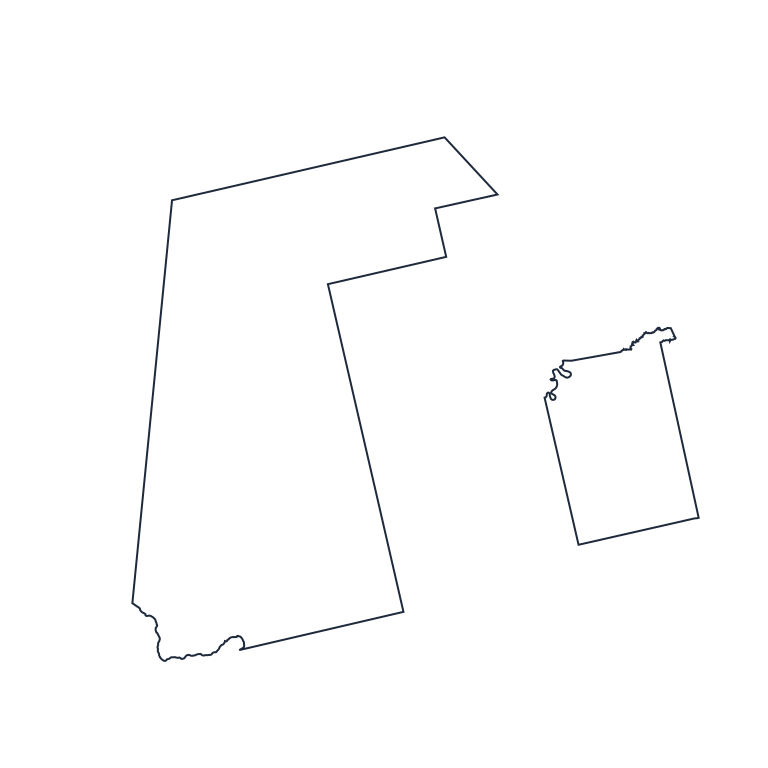 outline of Telefomin District, Sandaun, Papua New Guinea, rotated 77°
{"feature_id": "67681753B11623984799605", "entity_name": "Telefomin District", "entity_type": "district", "adm_level": 2, "iso_a3": "PNG", "parent_name": "Papua New Guinea", "parent_adm1": "Sandaun", "projection": "mercator", "projection_center": [141.969, -4.517], "detail": "fine", "context": "isolated", "style": "outline", "palette": "slate", "viewbox_px": 768, "rotation_deg": 77, "n_neighbors": 0, "source": "geoboundaries", "source_scale": "gbopen_adm2", "svg_char_len": 5992}
<svg xmlns="http://www.w3.org/2000/svg" viewBox="0 0 768 768"><g transform="rotate(77 384 384)"><path d="M274.1,294.8L224.4,294.7L224.9,230.8L157.3,269.5L157.3,549.2L541.0,678.5L542.2,677.3L542.5,677.1L542.8,676.8L543.8,675.9L544.1,675.7L544.5,675.2L544.9,675.0L546.2,673.6L546.5,673.4L546.9,673.0L547.8,672.4L549.4,672.4L550.5,672.0L551.4,671.5L552.4,670.6L553.0,669.9L553.6,669.1L554.2,668.4L554.5,668.4L554.9,668.3L555.0,668.4L555.6,668.4L556.0,668.3L556.5,667.7L556.6,667.4L556.8,666.5L556.8,665.0L557.2,664.0L557.7,663.3L559.4,661.5L561.4,660.2L562.5,659.8L564.1,659.8L565.0,659.5L566.0,659.5L566.9,659.6L567.3,659.5L567.7,659.3L568.1,659.3L568.9,659.7L569.4,660.2L570.1,661.1L570.4,661.3L570.9,661.5L572.2,661.8L574.0,661.8L574.4,661.6L574.8,661.7L575.0,661.5L575.2,661.4L575.5,661.1L575.9,660.9L576.5,660.7L577.4,660.6L577.7,660.4L578.0,660.4L578.3,660.3L580.2,659.9L580.5,659.7L582.1,659.8L584.1,660.9L584.8,661.6L585.2,662.1L585.8,662.4L586.8,662.7L587.5,662.7L587.9,662.9L588.8,663.6L589.4,663.9L590.4,663.9L590.5,663.8L591.3,663.8L592.9,664.4L593.3,664.5L593.8,664.5L595.7,664.0L596.2,663.9L597.8,664.1L599.1,663.9L599.5,663.7L599.9,663.8L600.4,663.4L601.0,663.2L602.1,662.6L602.9,662.0L604.1,660.7L604.4,660.2L604.5,659.8L604.5,659.3L604.4,658.6L604.1,658.1L603.7,657.7L603.4,657.2L603.4,656.9L603.4,655.8L603.4,655.3L603.3,654.9L602.6,653.4L602.5,653.1L602.5,652.3L602.6,651.8L602.8,651.3L603.0,650.3L603.0,649.5L603.3,648.8L603.9,647.9L604.0,647.6L604.2,647.0L604.5,646.0L604.5,645.0L604.8,644.5L605.1,644.1L605.7,643.8L606.0,643.5L606.3,643.1L606.4,642.7L606.5,642.0L606.4,641.7L606.4,640.9L606.2,640.2L605.9,639.8L604.8,638.6L604.0,637.3L604.0,637.0L603.9,635.7L604.1,635.4L604.2,634.9L604.5,634.3L605.4,633.1L605.5,632.7L605.8,631.6L605.7,631.4L605.7,630.1L605.9,629.8L605.9,629.1L605.8,628.6L605.5,627.8L605.5,627.5L605.4,627.1L605.4,625.5L605.7,624.3L605.7,623.6L606.0,623.2L606.3,623.0L606.5,622.9L607.1,622.4L607.5,621.9L608.0,620.9L608.1,618.3L608.4,617.4L608.5,617.2L608.6,616.5L608.6,615.6L608.9,614.0L608.9,613.6L608.8,613.3L608.5,612.7L607.9,612.0L607.3,611.0L607.2,609.4L607.5,608.7L607.5,607.8L607.2,607.4L606.8,607.0L605.9,605.6L605.6,605.3L605.2,604.7L604.6,604.1L603.6,603.5L602.8,602.5L602.7,602.3L602.1,601.7L601.8,600.9L601.7,599.9L601.6,599.5L601.4,599.1L601.0,598.5L599.6,597.2L598.7,596.8L599.1,596.1L599.3,595.6L599.3,595.3L599.0,594.7L598.3,594.3L597.9,593.4L597.9,593.0L597.7,592.8L597.7,592.6L597.1,592.0L596.7,591.0L596.5,590.1L596.5,588.7L596.6,587.9L597.1,586.4L597.1,585.8L597.1,585.4L597.4,584.8L597.4,584.7L597.2,584.5L597.2,584.3L597.0,584.0L596.7,583.9L596.5,583.7L596.5,583.0L597.1,582.3L597.8,581.0L597.9,580.9L598.2,580.5L598.8,580.2L601.1,579.2L602.5,579.1L603.5,578.7L604.0,578.6L604.9,578.7L606.1,579.0L607.6,579.1L608.5,579.5L609.0,580.0L609.5,580.8L610.7,584.9L610.4,416.3L490.0,416.2L274.1,416.2L274.1,294.8ZM403.2,90.1L394.1,92.0L393.2,95.2L393.2,95.8L393.5,96.1L393.9,96.7L394.0,97.3L393.6,97.8L393.5,98.1L393.7,98.6L394.0,98.9L394.4,99.7L394.2,100.7L394.1,101.7L393.8,102.4L393.5,102.5L393.2,102.5L393.1,102.8L392.9,103.7L392.6,103.9L392.1,104.0L391.9,103.7L391.7,103.4L391.6,102.9L391.2,103.0L391.0,103.5L391.0,104.1L391.1,104.8L391.5,105.4L392.0,106.1L392.4,106.1L392.6,106.3L392.9,107.3L393.1,107.9L393.5,108.3L393.9,108.7L394.2,109.1L394.1,109.3L394.2,109.8L394.4,110.2L394.1,110.6L394.1,111.1L394.5,111.4L394.6,111.7L394.6,112.1L394.5,112.5L394.3,113.2L394.3,113.5L394.2,113.9L393.8,114.4L393.8,114.6L393.9,115.0L393.9,115.4L393.7,115.9L393.5,116.2L392.6,116.8L392.4,117.0L392.7,117.3L393.2,117.7L393.3,118.0L393.1,118.3L393.0,118.7L393.3,118.7L394.0,119.2L394.5,120.3L394.8,120.7L395.5,121.5L396.2,121.3L396.4,121.7L396.1,122.7L396.6,122.9L396.9,123.5L396.8,124.1L396.9,124.6L397.5,124.7L397.9,125.3L398.7,127.2L399.2,126.9L399.6,126.8L399.5,127.9L398.8,127.9L398.1,128.1L398.7,128.5L399.3,129.3L400.1,129.7L399.7,130.5L399.8,131.5L398.9,131.7L399.1,132.3L400.9,133.3L401.6,132.6L402.1,132.4L402.0,133.1L402.0,133.7L402.7,134.4L402.9,135.3L404.4,135.7L405.5,135.1L406.1,135.7L405.6,136.7L405.3,138.9L404.8,139.5L405.2,140.2L404.6,140.7L405.0,141.4L404.6,142.1L403.9,142.5L404.6,143.1L404.5,143.7L405.0,144.2L405.0,144.9L405.4,145.4L405.9,145.9L406.0,146.5L403.5,196.1L401.5,203.9L401.8,204.6L403.3,204.5L403.9,204.6L405.5,205.4L406.2,206.3L406.7,208.1L406.9,208.6L407.2,208.7L407.5,208.7L408.0,208.3L408.3,207.5L408.8,206.9L409.9,206.3L410.7,205.9L411.3,205.5L411.6,205.2L411.8,204.5L412.3,203.8L412.3,203.3L413.5,201.3L414.7,199.9L416.0,199.6L417.0,199.8L417.8,200.3L418.5,201.3L419.0,202.9L419.0,204.1L418.8,204.8L418.1,205.8L415.8,208.1L415.1,209.0L414.2,209.5L413.1,209.9L412.4,210.3L410.0,211.2L409.0,211.7L408.7,212.0L408.5,212.3L408.4,213.0L408.4,213.9L408.5,214.9L408.4,215.4L408.6,215.7L409.3,216.5L409.5,216.5L411.5,216.5L413.1,216.1L413.8,216.0L415.3,216.0L415.5,216.1L416.2,216.5L416.5,216.8L416.7,217.3L416.9,218.0L416.9,218.5L416.7,219.5L416.7,220.2L416.8,220.3L417.0,220.6L417.7,220.4L418.0,220.1L418.5,218.9L418.6,217.3L418.6,216.3L418.8,215.6L419.2,215.2L419.4,215.1L419.7,215.0L422.9,215.2L424.1,215.6L424.9,216.0L425.6,216.5L426.8,217.7L427.2,218.5L427.4,219.1L427.6,219.5L427.8,220.4L428.2,221.3L428.8,222.2L429.5,222.8L430.0,223.0L430.6,223.0L431.0,222.8L431.6,222.3L432.8,220.9L433.2,220.5L433.7,220.1L434.7,219.8L435.6,219.9L435.9,220.0L436.6,220.3L437.2,220.9L437.6,221.9L437.5,222.9L437.4,223.2L437.1,223.8L436.4,224.5L435.8,224.8L434.6,224.9L433.4,225.0L430.3,224.9L429.8,225.2L429.6,225.4L429.3,225.8L429.4,226.5L429.7,227.1L430.4,227.7L431.7,228.0L432.3,228.3L433.0,228.9L433.3,229.4L433.4,230.1L433.4,230.6L584.4,230.6L584.8,112.0L585.2,109.0L585.2,107.5L405.6,105.4L405.6,103.7L405.3,103.4L404.7,102.5L404.4,102.0L404.8,101.5L405.1,100.8L404.7,99.9L404.7,99.2L405.2,97.9L405.3,96.9L405.5,96.5L405.0,95.6L405.5,95.6L406.1,95.9L406.7,95.9L405.3,94.7L405.7,93.8L405.8,93.0L405.4,90.0L404.8,89.5L404.2,89.6L403.8,90.0L403.2,90.4L403.2,90.1Z" fill="none" stroke="#1e293b" stroke-width="2"/></g></svg>